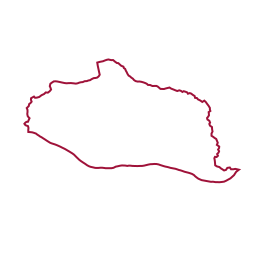 outline of Tupirama, Tocantins, Brazil, rotated 79°
{"feature_id": "56859067B25409387280725", "entity_name": "Tupirama", "entity_type": "district", "adm_level": 2, "iso_a3": "BRA", "parent_name": "Brazil", "parent_adm1": "Tocantins", "projection": "orthographic", "projection_center": [-48.257, -8.94], "detail": "fine", "context": "isolated", "style": "outline", "palette": "rose", "viewbox_px": 256, "rotation_deg": 79, "n_neighbors": 0, "source": "geoboundaries", "source_scale": "gbopen_adm2", "svg_char_len": 3434}
<svg xmlns="http://www.w3.org/2000/svg" viewBox="0 0 256 256"><g transform="rotate(79 128 128)"><path d="M191.2,68.6L193.2,65.7L196.6,57.0L197.0,54.7L197.8,52.5L198.7,48.3L198.9,45.9L199.0,43.9L198.5,41.8L197.6,39.0L197.0,37.1L194.5,32.9L193.1,31.6L191.6,30.1L190.1,27.1L189.2,29.1L188.6,30.5L188.6,32.4L188.2,34.7L186.2,35.6L186.1,38.1L187.8,39.8L188.0,41.8L186.4,43.4L185.4,44.5L183.8,45.7L182.7,48.0L181.3,49.5L179.4,49.3L177.5,49.1L175.9,49.0L174.1,49.0L172.9,48.1L173.4,46.6L172.4,45.0L170.6,45.5L169.4,43.8L168.1,43.0L166.4,43.7L165.0,42.4L163.6,42.0L161.5,44.0L159.6,42.7L157.7,43.1L155.6,43.5L154.2,45.0L153.0,46.0L151.6,47.5L149.4,47.1L147.6,45.7L145.4,45.7L143.1,45.4L141.3,47.1L139.5,47.4L138.4,46.4L136.4,46.8L134.8,48.4L133.3,48.5L132.2,47.2L131.0,46.1L129.3,45.9L127.8,45.8L127.0,43.9L125.6,44.1L123.9,43.8L121.5,44.7L119.3,45.8L117.3,46.7L115.7,47.9L116.6,50.1L114.8,51.8L113.2,53.9L111.7,54.7L111.2,56.4L109.3,56.5L107.7,58.2L106.3,59.4L105.5,60.8L105.8,62.6L104.4,63.1L103.4,64.6L102.5,66.3L103.0,67.7L101.6,69.0L100.8,70.5L101.1,72.6L100.1,74.2L98.9,76.0L97.6,78.1L96.2,79.5L96.3,81.8L96.4,83.5L96.6,85.2L96.2,87.0L95.8,88.7L94.4,89.8L93.0,90.9L92.1,92.1L91.8,93.9L91.4,96.1L90.0,98.1L89.5,100.2L88.2,101.1L87.3,102.3L86.2,104.1L85.2,106.1L84.5,108.0L84.3,109.6L83.4,111.6L82.0,113.0L80.5,113.8L79.1,115.2L77.8,116.1L76.7,117.4L74.7,118.2L73.0,118.6L71.3,119.2L69.5,119.5L68.4,120.6L66.9,120.8L65.6,122.8L63.9,124.1L62.5,125.1L62.1,126.5L60.4,128.1L58.5,129.6L58.2,131.3L57.7,132.6L57.0,134.1L57.0,135.7L57.3,137.8L57.7,139.8L57.7,141.3L57.7,143.1L57.9,145.7L60.9,145.8L67.0,145.7L70.3,145.6L71.6,146.8L72.6,148.5L72.7,150.2L72.5,152.2L73.1,154.4L73.8,156.1L73.8,157.9L74.1,159.4L73.8,161.6L74.3,163.7L74.1,165.5L74.2,167.2L74.5,168.9L74.5,170.7L73.8,172.8L73.1,175.1L72.6,177.7L72.4,179.7L71.8,181.6L70.8,184.0L69.7,186.5L68.8,188.7L68.3,190.3L68.1,192.0L68.9,194.0L69.7,195.7L72.0,196.8L73.7,196.4L75.6,196.2L77.0,197.9L78.0,199.9L77.4,202.0L78.6,203.8L79.3,206.6L80.6,209.2L80.8,211.8L80.6,213.5L79.2,214.3L79.7,215.8L80.3,217.5L81.8,217.9L83.8,217.6L85.0,219.1L85.6,220.4L87.6,221.3L89.1,223.6L91.0,223.2L93.2,223.6L95.0,224.2L97.1,224.2L98.4,223.6L99.6,222.8L101.1,223.9L102.8,225.0L102.6,226.5L103.2,227.8L104.1,228.9L105.7,228.1L107.1,225.8L109.0,225.7L111.0,226.3L112.9,226.6L113.4,224.7L114.0,222.8L114.9,221.1L115.9,219.4L117.3,218.2L118.4,217.0L119.6,215.9L120.5,214.7L121.7,213.5L123.2,211.9L124.8,210.3L126.4,208.6L127.6,207.3L128.4,206.1L129.1,204.8L130.2,202.8L131.2,201.2L132.3,199.6L133.5,197.9L134.7,196.4L135.8,194.9L136.9,193.5L138.6,191.6L139.9,190.1L141.2,188.7L142.3,187.5L143.8,186.1L145.6,184.9L147.1,183.9L148.2,183.1L149.8,182.0L151.4,180.6L153.3,178.7L154.9,177.0L156.8,175.2L158.1,173.6L159.0,172.1L159.9,170.0L160.9,167.8L161.5,165.1L161.7,163.0L162.0,161.2L162.6,159.3L163.2,157.6L163.6,155.7L164.0,153.6L164.3,151.8L164.3,149.8L163.6,147.4L163.6,145.1L163.5,143.0L163.6,141.0L164.0,139.4L164.4,137.7L165.1,135.9L165.1,134.3L165.4,132.9L166.0,131.1L166.6,128.6L167.2,125.8L167.5,123.7L167.9,121.7L168.0,119.3L167.9,117.1L167.8,115.1L167.8,113.0L168.1,111.1L168.3,109.1L168.8,106.9L169.6,104.9L170.4,103.6L172.2,100.3L173.0,98.7L173.6,97.2L174.3,95.7L175.2,94.0L176.0,92.0L177.1,89.2L178.1,87.4L178.9,86.1L179.5,84.7L180.5,82.9L181.7,80.9L182.7,78.8L183.5,77.1L184.2,75.8L185.3,73.9L186.8,72.2L188.2,71.3L189.6,70.1L191.2,68.6Z" fill="none" stroke="#9f1239" stroke-width="2"/></g></svg>